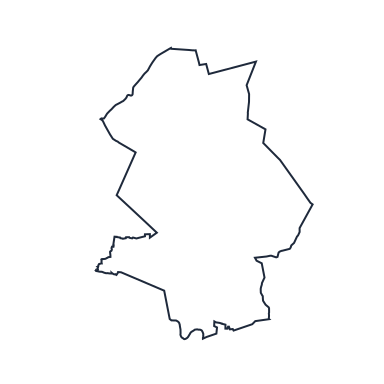 outline of San Blas Atempa, Oaxaca, Mexico, rotated 345°
{"feature_id": "50627088B2240066816782", "entity_name": "San Blas Atempa", "entity_type": "district", "adm_level": 2, "iso_a3": "MEX", "parent_name": "Mexico", "parent_adm1": "Oaxaca", "projection": "orthographic", "projection_center": [-95.19, 16.36], "detail": "fine", "context": "isolated", "style": "outline", "palette": "slate", "viewbox_px": 384, "rotation_deg": 345, "n_neighbors": 0, "source": "geoboundaries", "source_scale": "gbopen_adm2", "svg_char_len": 5028}
<svg xmlns="http://www.w3.org/2000/svg" viewBox="0 0 384 384"><g transform="rotate(345 192 192)"><path d="M287.5,82.6L238.8,82.4L238.8,72.0L237.9,71.9L232.1,71.3L232.2,68.5L232.2,56.1L231.9,56.1L229.2,55.3L225.4,53.9L216.3,50.8L209.0,48.3L209.0,47.4L207.4,47.8L197.5,50.5L195.3,51.2L193.5,51.8L191.4,53.2L190.1,54.3L188.5,55.6L187.2,56.7L186.0,57.8L183.9,59.8L180.8,63.1L178.8,64.3L176.9,65.3L174.8,66.8L172.8,68.5L170.6,70.0L168.1,71.8L165.9,73.2L164.4,74.2L162.9,75.2L162.2,76.0L161.6,77.5L160.8,79.6L160.1,81.7L159.8,82.4L159.2,82.9L158.7,83.1L158.0,83.1L157.2,82.6L156.6,82.2L155.7,81.8L154.8,81.9L154.2,82.4L153.7,83.0L153.3,83.6L153.0,83.9L152.7,84.1L151.7,84.9L151.1,85.2L149.9,85.9L149.1,86.3L148.4,86.5L147.6,86.6L146.9,86.8L146.3,87.0L145.5,87.2L144.7,87.4L144.1,87.5L143.3,87.7L142.5,87.9L141.8,88.0L141.0,88.2L140.3,88.5L139.7,88.8L139.1,89.2L138.5,89.4L138.4,89.5L136.4,90.8L135.4,91.4L133.8,92.2L130.3,94.3L128.9,95.6L127.9,96.6L127.1,97.3L125.9,98.2L124.8,98.0L123.8,97.5L123.1,97.6L122.5,97.9L123.6,99.1L124.3,100.4L125.2,105.3L127.7,115.1L129.3,120.1L131.8,122.9L133.3,124.1L134.2,125.4L145.8,137.1L146.6,137.9L147.8,139.2L122.0,171.2L118.4,175.6L133.5,199.7L147.5,222.2L139.5,225.2L140.4,221.8L138.7,221.4L135.6,220.7L135.1,222.6L129.1,222.5L126.3,222.5L123.2,220.7L122.2,221.3L120.0,220.2L119.5,219.7L119.5,219.4L116.5,218.6L116.1,219.0L116.0,219.5L113.4,219.3L113.4,219.2L110.9,218.1L110.8,217.4L107.3,215.9L107.4,215.7L105.6,215.1L103.1,220.8L103.0,221.1L102.3,222.6L102.4,222.8L102.6,223.0L102.0,224.6L101.9,224.6L101.6,224.4L101.4,224.2L101.2,224.0L100.9,224.0L100.7,224.0L100.2,224.6L99.9,225.1L99.8,225.3L99.8,225.6L99.7,225.7L99.7,225.9L99.7,226.1L99.7,226.4L99.7,226.6L99.7,226.8L99.6,227.0L99.2,227.6L99.1,227.8L98.8,228.0L98.7,228.0L98.3,228.0L98.0,228.1L97.6,228.3L97.3,228.7L97.2,229.5L97.2,229.8L97.0,230.5L97.0,230.9L96.7,232.5L96.4,233.6L95.3,233.4L94.8,233.4L94.5,233.4L94.4,233.3L94.2,233.3L93.7,233.5L93.2,233.7L92.7,233.7L92.4,233.8L92.1,233.9L91.7,234.0L90.8,234.1L90.7,234.1L90.4,234.1L90.1,234.0L89.6,233.9L89.3,233.9L88.7,233.7L88.0,233.6L87.7,233.5L87.2,233.5L86.9,233.8L86.9,234.3L87.0,234.3L87.0,234.5L86.9,234.8L86.9,235.0L86.7,235.6L86.5,235.9L86.5,236.1L86.5,236.3L86.4,236.8L86.3,237.3L86.3,237.6L85.9,237.5L85.4,237.5L84.6,237.5L84.0,237.6L83.8,237.5L83.6,237.5L83.0,238.1L82.9,238.2L82.8,238.3L82.6,238.5L82.4,238.9L82.4,239.1L82.2,239.6L82.0,239.8L81.9,239.8L81.5,239.8L81.7,240.1L81.7,240.3L81.7,240.5L81.3,240.9L81.2,241.1L80.8,241.5L81.1,242.0L81.2,242.3L81.0,242.7L80.8,242.9L80.6,242.8L80.3,243.5L79.7,243.1L79.5,242.9L79.3,242.8L79.2,242.8L79.1,242.7L79.0,242.9L78.7,243.0L78.8,243.2L79.0,243.4L79.0,243.5L79.6,243.8L79.9,243.9L80.1,244.0L81.0,244.5L82.7,245.3L82.8,245.3L83.5,245.4L83.6,245.5L83.8,245.6L84.0,245.7L84.2,245.8L84.4,245.8L84.5,245.9L84.8,246.1L85.0,246.2L85.1,246.3L85.3,246.4L85.4,246.5L85.5,246.6L85.6,246.8L85.8,246.9L86.0,247.0L86.3,247.2L86.5,247.4L86.8,247.5L87.2,247.8L87.3,247.8L87.6,248.0L88.0,248.2L88.4,248.3L88.8,248.4L89.4,248.5L89.5,248.6L89.9,248.7L90.3,248.9L90.7,249.1L91.1,249.3L91.3,249.3L91.7,249.4L91.9,249.5L92.6,249.7L93.4,250.0L93.6,249.6L93.6,249.4L94.1,250.1L95.2,251.2L96.0,251.5L96.4,251.8L96.6,251.9L96.8,252.0L97.0,251.8L97.2,252.0L97.6,252.5L99.2,251.1L99.4,250.9L99.7,250.6L99.8,250.4L99.9,250.2L102.7,251.2L139.6,280.1L137.6,308.9L138.9,310.7L142.7,311.8L143.5,312.1L144.5,313.1L145.2,313.9L145.7,315.1L145.8,317.1L145.6,318.3L145.5,319.3L145.3,321.8L144.4,325.5L143.9,326.8L143.9,327.6L144.1,329.0L144.5,329.9L145.0,330.5L145.5,330.9L145.9,331.6L146.4,332.1L146.9,332.2L147.6,332.2L148.6,332.0L149.7,331.6L150.5,331.1L151.0,330.7L152.2,329.5L153.0,328.8L153.9,327.8L154.9,327.1L156.1,326.7L157.6,326.3L159.1,325.7L159.8,325.8L161.4,326.0L162.5,326.6L164.0,327.0L164.9,327.6L165.5,328.2L165.8,329.0L166.1,330.6L166.1,331.1L166.2,332.1L165.7,333.4L165.7,334.0L165.3,334.9L164.8,335.7L164.6,336.5L166.3,336.2L168.6,335.8L178.9,335.1L181.1,329.3L178.7,327.2L180.1,322.8L181.4,324.1L184.8,325.6L186.8,326.8L186.7,327.0L189.5,328.5L190.0,328.8L188.9,332.6L190.1,333.0L190.9,333.2L191.1,332.6L191.3,332.6L192.0,331.4L192.8,331.6L193.1,334.5L195.9,334.9L196.3,336.6L216.0,335.3L219.7,333.1L233.6,334.8L233.4,334.5L233.9,332.8L234.1,332.3L234.5,331.0L234.8,329.2L235.3,328.3L236.3,324.4L236.3,323.9L236.3,323.5L236.2,323.2L235.0,321.5L233.9,319.9L232.9,316.8L232.5,315.4L232.8,313.6L233.4,310.9L233.0,309.8L232.7,308.4L232.5,307.8L232.4,307.1L232.7,305.8L233.0,304.5L233.3,303.3L234.1,301.7L235.5,299.5L235.9,298.3L236.0,298.1L239.9,293.4L240.9,278.9L236.6,275.1L235.8,271.8L247.3,273.6L251.1,273.8L252.2,274.1L253.2,274.8L256.4,276.9L257.8,276.8L260.0,272.9L261.2,272.3L263.2,272.0L263.8,272.1L271.7,272.2L272.9,271.2L274.1,269.3L277.4,267.6L281.9,262.2L283.2,261.4L285.6,258.5L286.6,254.7L305.3,235.2L303.6,233.1L301.6,227.7L299.9,222.9L285.3,183.8L283.6,180.9L273.5,163.1L279.2,150.5L264.5,136.2L266.3,130.7L266.4,129.9L270.4,119.7L272.5,112.2L272.4,103.0L287.5,82.6Z" fill="none" stroke="#1e293b" stroke-width="2"/></g></svg>